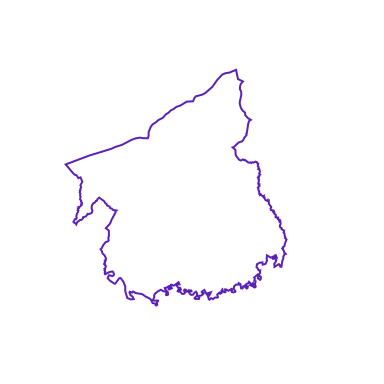 the district of Mancha Khiri, Khon Kaen, Thailand, rotated 38°
{"feature_id": "78962969B48602997867294", "entity_name": "Mancha Khiri", "entity_type": "district", "adm_level": 2, "iso_a3": "THA", "parent_name": "Thailand", "parent_adm1": "Khon Kaen", "projection": "robinson", "projection_center": [102.568, 16.234], "detail": "fine", "context": "isolated", "style": "outline", "palette": "violet", "viewbox_px": 384, "rotation_deg": 38, "n_neighbors": 0, "source": "geoboundaries", "source_scale": "gbopen_adm2", "svg_char_len": 6134}
<svg xmlns="http://www.w3.org/2000/svg" viewBox="0 0 384 384"><g transform="rotate(38 192 192)"><path d="M193.9,99.0L190.7,99.3L186.9,98.8L184.9,96.8L181.7,96.7L178.7,95.6L175.4,93.2L174.2,91.6L170.9,84.9L168.8,82.5L166.5,81.5L165.0,79.5L163.9,76.9L164.1,73.5L158.7,74.7L151.5,68.6L148.1,74.7L145.4,77.6L143.5,80.9L142.9,88.3L143.3,96.6L141.6,105.5L140.4,108.6L136.1,114.3L136.1,116.6L137.0,119.8L132.2,124.1L129.5,131.2L127.2,134.7L126.5,137.7L125.0,140.9L124.7,143.9L123.6,146.9L123.3,151.7L121.2,156.0L120.9,158.4L119.3,163.2L119.4,166.2L120.9,171.4L123.4,174.7L124.1,176.8L119.9,180.0L117.6,181.1L114.2,184.9L112.1,188.4L107.9,197.8L103.8,203.8L101.9,207.5L88.5,226.7L75.5,248.0L86.8,250.4L88.8,250.6L90.7,249.9L94.0,251.0L95.2,249.1L99.2,251.4L99.9,255.3L101.8,256.6L102.2,258.6L102.9,259.1L102.8,260.1L103.5,260.5L104.0,261.7L105.2,262.1L106.0,263.8L107.0,264.2L108.3,266.7L110.1,267.1L110.5,268.0L111.7,268.2L112.1,269.6L112.6,269.3L113.1,270.3L112.6,273.2L111.9,273.6L112.7,274.2L112.1,275.1L112.7,275.3L113.0,276.7L113.9,276.6L114.6,278.4L114.6,279.7L115.9,282.6L117.1,283.3L117.3,284.9L116.5,285.3L117.0,288.6L117.7,288.7L119.6,288.4L120.7,288.8L120.1,286.5L121.0,282.9L122.2,281.9L122.3,279.8L121.7,279.0L123.5,276.3L123.2,273.5L124.0,273.3L125.7,270.7L125.7,269.3L124.9,267.9L123.1,266.9L121.3,264.1L121.1,261.6L122.0,259.9L121.8,258.2L122.4,257.4L121.9,255.7L122.3,253.6L128.2,253.3L131.1,254.3L131.9,254.0L133.5,254.9L136.1,254.2L137.6,255.1L139.0,254.4L140.9,254.8L143.8,253.1L143.6,254.5L144.3,255.1L145.7,263.3L146.9,267.3L146.4,273.6L150.2,273.6L153.7,277.9L154.2,279.5L156.2,281.6L156.1,282.7L154.8,284.6L154.8,288.7L155.4,291.6L155.2,293.4L157.6,294.2L159.4,295.6L162.0,295.7L165.0,297.2L165.8,298.5L165.5,299.3L166.2,299.4L166.2,300.7L166.9,301.2L166.9,302.3L167.7,302.4L167.5,303.0L169.9,303.5L170.5,305.5L170.3,306.4L171.3,306.6L171.4,307.8L172.8,308.3L172.8,309.1L173.5,310.0L174.2,310.3L176.2,305.9L178.1,303.7L179.0,303.6L181.1,304.7L181.6,305.9L181.0,307.3L177.8,308.7L178.5,311.8L181.9,312.4L187.3,312.0L187.9,311.5L187.8,304.9L188.3,304.0L189.1,303.8L193.2,305.0L197.6,307.5L200.4,311.2L206.3,315.4L209.9,314.3L212.0,312.2L209.8,311.1L206.9,311.1L204.5,309.6L204.5,308.8L206.7,308.2L206.8,306.8L207.4,306.4L209.6,306.4L215.8,303.1L219.4,303.0L224.3,302.0L225.8,302.1L229.3,303.8L231.5,302.7L232.5,302.8L233.1,303.6L233.8,303.4L234.1,302.3L232.4,301.0L232.4,298.8L232.0,298.5L229.0,301.0L227.7,301.1L227.1,298.3L225.7,296.5L225.4,295.1L226.2,291.6L227.6,288.2L230.7,287.8L233.6,286.1L234.9,289.1L235.5,289.0L236.3,287.7L234.8,285.9L230.5,285.1L229.6,284.3L231.0,282.9L231.3,281.2L232.0,280.1L232.9,280.3L233.3,282.9L233.8,283.0L234.5,282.2L235.3,280.2L233.2,279.6L232.5,278.1L233.0,277.5L234.2,277.5L235.4,276.9L236.9,271.4L239.0,272.5L237.0,274.2L237.6,275.3L240.3,275.9L241.8,274.8L243.4,275.8L243.3,276.3L241.4,277.4L241.8,279.0L242.9,278.8L243.6,277.7L246.8,278.4L248.4,277.2L248.6,276.4L247.9,275.3L246.2,274.5L246.2,273.4L247.3,272.8L248.9,274.1L249.6,273.4L249.7,271.6L252.1,270.1L252.8,270.6L251.5,272.0L251.5,272.9L253.0,273.7L254.8,273.5L256.0,272.4L256.0,269.7L256.6,268.1L258.1,268.6L259.8,270.5L259.3,273.8L259.6,274.3L260.3,274.3L263.3,272.0L262.9,270.8L260.5,270.5L263.0,268.0L263.5,266.4L263.6,264.5L261.6,265.2L261.1,264.7L262.0,261.6L266.3,263.5L266.6,262.3L268.6,259.4L269.4,263.0L269.1,263.5L268.1,263.1L268.0,263.7L271.2,266.1L272.1,266.1L272.4,263.9L274.5,263.5L275.1,260.9L276.8,259.8L277.2,258.9L275.0,257.3L275.5,254.3L275.9,254.0L276.9,254.7L277.5,253.4L276.0,251.5L275.9,250.2L277.9,251.4L279.8,250.7L280.0,250.1L277.9,248.5L278.8,247.8L281.5,247.4L282.9,243.9L284.0,244.5L284.2,245.9L285.0,246.3L286.2,245.8L287.5,244.1L287.3,243.5L284.4,242.5L283.2,240.3L283.7,237.9L285.7,236.3L284.9,235.1L286.9,234.8L290.0,237.7L291.2,236.8L290.4,235.0L290.9,234.0L294.5,234.4L294.9,233.5L294.1,231.9L292.2,233.0L291.4,232.4L291.7,230.4L292.5,229.5L292.2,227.7L294.2,228.0L295.2,229.6L297.0,229.1L295.9,226.6L296.1,226.1L297.4,226.7L298.8,228.8L299.8,228.9L300.6,228.0L300.1,226.9L298.8,226.5L297.1,223.2L295.7,223.6L295.0,221.7L293.6,221.2L294.5,216.8L296.5,218.1L297.0,219.5L299.7,219.3L299.7,218.1L298.3,216.3L297.0,216.8L295.6,215.9L295.5,213.7L294.6,213.0L294.0,211.7L292.6,212.7L290.3,211.5L289.2,211.6L287.7,209.0L288.8,206.1L290.8,204.1L292.4,205.7L294.2,203.5L293.3,199.7L291.9,198.7L290.1,195.8L294.5,195.2L295.9,192.6L297.1,193.2L296.2,194.6L297.1,194.8L298.3,192.1L296.8,191.1L296.5,190.5L296.9,190.2L299.5,191.7L299.6,193.8L300.4,194.0L300.9,195.6L301.0,197.9L303.1,200.2L304.8,195.4L305.8,195.4L307.4,196.5L308.5,195.9L305.5,190.5L304.8,187.9L303.6,186.6L303.4,184.3L304.0,183.1L301.9,183.0L301.7,182.5L299.7,181.4L299.0,181.5L298.6,180.7L297.9,180.7L298.1,180.0L297.6,179.4L298.2,177.8L297.0,175.6L295.7,171.2L293.7,171.1L293.5,170.1L292.5,169.8L290.0,167.5L289.1,167.6L288.4,165.7L285.6,166.2L284.9,165.3L283.2,165.5L282.0,164.6L281.5,162.7L280.5,161.5L279.4,161.6L279.6,160.7L279.0,160.0L278.0,160.0L277.7,160.6L276.6,160.5L275.7,159.3L275.3,159.9L274.1,159.7L274.1,160.2L273.2,160.3L272.1,158.4L270.0,158.4L269.4,158.0L269.3,157.2L267.8,156.4L267.3,156.5L267.4,157.2L266.9,156.9L265.3,157.6L264.0,156.6L263.7,155.0L259.8,154.0L257.8,151.5L257.4,152.4L256.7,152.6L256.4,152.1L256.2,152.8L255.0,153.2L252.7,152.2L252.5,151.7L251.6,152.2L251.0,150.9L250.7,151.6L250.1,151.4L249.2,152.0L248.1,151.7L247.6,152.4L247.1,151.5L246.1,152.1L244.3,149.9L243.5,149.9L242.2,148.4L241.2,148.1L241.4,146.9L241.0,146.3L241.4,145.7L240.3,144.3L239.5,144.9L238.8,144.4L237.9,141.9L236.9,141.3L236.9,140.8L235.2,140.2L235.6,139.6L234.8,138.9L235.4,138.3L234.8,137.3L235.0,136.3L233.6,136.1L233.0,134.1L231.4,132.9L230.5,133.1L230.7,132.4L230.0,132.1L229.7,132.4L228.8,131.1L227.9,131.1L226.7,128.9L226.1,129.3L225.1,128.6L223.4,128.9L222.4,130.9L221.4,131.3L220.8,132.7L220.1,132.5L218.4,134.1L213.9,134.1L213.4,134.9L212.1,134.9L211.2,137.0L209.4,137.6L204.3,136.3L203.0,135.3L200.3,132.1L196.6,131.8L197.3,130.7L198.3,124.2L200.2,121.3L200.4,119.2L199.9,117.4L199.9,113.5L198.9,112.7L199.0,112.0L194.1,103.3L193.3,100.5L193.9,99.0Z" fill="none" stroke="#5b21b6" stroke-width="2"/></g></svg>